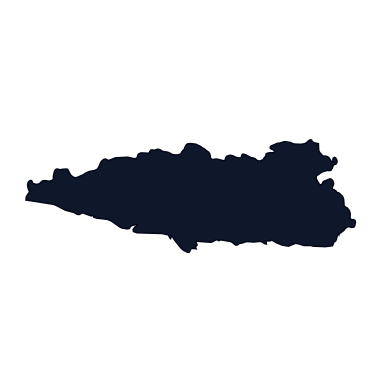 the Autonomous Community of Asturias, rotated 184°
{"feature_id": "ESP-5805", "entity_name": "Asturias", "entity_type": "Autonomous Community", "adm_level": 1, "iso_a3": "ESP", "parent_name": "Spain", "parent_adm1": "", "projection": "natural_earth1", "projection_center": [-6.051, 43.278], "detail": "fine", "context": "isolated", "style": "filled", "palette": "ink", "viewbox_px": 384, "rotation_deg": 184, "n_neighbors": 0, "source": "natural_earth", "source_scale": "10m", "svg_char_len": 4692}
<svg xmlns="http://www.w3.org/2000/svg" viewBox="0 0 384 384"><g transform="rotate(184 192 192)"><path d="M42.4,159.7L42.7,160.4L42.8,160.4L43.5,160.4L44.2,157.8L44.6,155.2L45.3,153.1L47.0,151.9L48.1,148.2L55.2,146.8L67.4,146.4L69.3,146.9L76.7,146.4L81.8,147.7L85.1,148.1L91.9,144.7L98.2,145.3L104.6,147.4L109.1,149.7L110.4,148.8L111.8,148.5L114.9,148.5L114.7,147.8L114.4,146.0L114.2,145.3L115.9,145.6L118.8,147.2L120.6,147.5L127.0,146.4L133.4,146.4L135.2,146.0L138.4,144.6L141.4,143.9L142.1,143.1L143.1,142.3L144.8,142.1L148.7,144.8L150.3,145.3L159.9,146.3L161.9,145.3L163.8,146.2L165.7,145.4L167.5,144.1L169.5,143.2L183.9,143.2L184.6,141.8L183.7,140.7L183.2,139.4L184.7,137.8L184.5,137.3L184.2,136.1L183.9,135.7L187.9,135.7L189.3,134.9L189.9,133.0L190.7,131.6L192.7,131.7L196.8,133.5L199.4,135.6L206.2,143.1L208.6,146.4L209.4,146.4L210.1,144.1L211.0,144.8L212.5,147.5L218.9,148.5L243.9,147.5L247.7,148.5L248.1,150.6L246.5,153.1L244.3,155.0L245.2,156.1L246.5,155.4L249.1,154.5L250.3,153.9L251.2,152.9L251.6,151.9L252.3,151.1L254.1,150.7L259.3,151.2L261.3,151.9L270.3,157.4L274.5,158.8L285.2,159.3L288.2,160.0L289.5,162.0L291.0,161.1L299.7,163.6L300.7,163.3L302.5,161.8L303.9,161.6L305.3,161.9L308.1,163.3L316.9,165.0L327.1,169.4L329.6,170.1L357.1,172.4L357.0,173.4L357.1,175.3L356.1,177.4L354.5,179.9L354.2,180.9L354.5,181.9L355.0,182.5L356.1,185.4L356.5,187.6L356.3,189.1L356.0,190.4L355.2,191.4L354.3,192.1L353.3,192.3L352.5,191.8L351.8,190.0L351.0,189.4L348.7,188.9L347.4,188.8L346.2,189.0L344.3,190.1L343.4,191.0L342.9,191.9L342.3,192.3L341.1,192.9L338.5,193.1L337.3,193.0L336.2,192.8L334.9,192.9L333.6,193.3L332.1,194.0L331.4,195.0L331.1,196.0L331.4,198.2L331.2,199.3L331.0,200.4L330.9,201.6L330.6,203.0L329.8,204.7L328.8,205.4L327.7,205.5L325.3,205.0L324.1,205.2L322.9,205.6L319.2,206.1L317.7,206.0L314.3,200.5L311.8,198.7L310.6,198.3L309.4,198.1L308.1,198.3L301.6,201.6L299.6,203.3L295.8,205.3L291.1,206.5L289.0,207.5L287.8,208.5L286.6,210.8L286.1,211.8L285.9,213.0L285.0,215.4L284.0,216.8L282.1,218.5L280.7,218.8L279.4,218.4L278.1,217.7L277.0,217.8L270.5,220.8L258.6,222.2L251.9,221.2L250.3,221.5L249.2,222.2L248.4,225.6L247.3,226.7L246.1,227.2L244.8,227.5L238.0,227.6L237.3,228.3L237.0,229.3L236.4,230.3L235.8,231.1L234.8,231.2L232.5,231.0L229.6,232.2L228.2,232.3L227.0,232.0L225.9,231.4L224.8,230.7L222.1,230.2L220.3,230.2L217.6,229.6L214.1,228.0L212.3,227.8L209.1,227.9L207.3,228.5L206.0,229.2L205.4,230.2L205.0,231.2L204.3,232.2L203.5,233.1L202.9,234.0L202.5,234.9L202.4,235.4L202.3,235.8L202.0,236.7L201.5,237.5L201.1,238.5L200.0,239.6L198.7,239.9L196.7,240.2L191.8,240.0L190.5,239.6L189.5,239.1L186.2,237.9L185.7,237.2L184.3,236.7L182.6,235.8L181.0,234.6L178.1,232.8L177.4,231.9L176.8,230.9L176.5,229.8L176.0,227.5L175.4,226.5L173.9,225.8L170.3,226.6L168.7,226.5L162.6,225.4L161.4,225.8L161.1,226.7L160.9,227.8L160.5,229.0L159.7,230.1L157.2,231.2L155.6,231.3L154.0,231.0L150.6,229.7L147.6,229.2L145.9,229.5L145.2,230.3L144.8,232.4L144.3,233.2L143.2,233.3L140.9,232.8L135.4,230.3L133.8,230.3L131.4,229.7L130.4,228.8L129.2,228.0L127.0,227.5L123.5,229.0L122.8,230.1L122.4,231.1L121.6,232.1L120.9,233.0L120.8,234.0L120.8,234.8L120.3,235.5L119.4,236.0L116.8,236.7L113.2,236.9L112.6,237.5L112.5,238.4L113.1,239.2L114.1,239.8L116.4,240.6L117.1,241.3L117.0,242.2L116.5,243.3L110.0,246.6L108.2,246.8L103.8,248.5L102.4,248.7L96.7,248.2L95.9,247.7L94.9,247.3L93.3,247.0L87.4,247.1L85.1,247.5L82.8,248.1L81.6,248.9L80.6,249.8L79.7,250.8L78.7,251.7L77.3,252.4L76.4,252.2L75.6,250.7L73.4,249.6L69.3,249.0L68.6,243.1L68.2,241.5L67.1,240.1L64.3,237.4L63.2,237.0L60.8,237.1L59.7,236.8L58.7,236.4L57.7,235.6L57.4,235.2L54.8,231.7L54.0,231.7L53.7,231.9L53.7,234.8L53.6,235.4L53.4,235.6L53.2,235.9L52.7,236.3L52.1,236.5L51.0,235.9L50.0,234.4L49.4,232.6L49.7,230.9L50.5,229.8L51.6,229.5L52.5,228.9L53.2,227.8L53.6,226.3L53.9,225.2L54.4,224.3L54.8,223.6L55.5,223.1L56.4,222.9L57.6,223.0L58.8,222.9L63.3,221.2L64.3,220.6L69.0,216.7L69.2,215.4L68.9,213.6L67.0,210.6L65.8,209.0L64.7,208.1L63.7,208.2L63.0,208.8L62.4,209.7L62.2,210.7L61.6,211.5L60.7,212.2L59.5,212.6L57.2,213.9L55.1,214.8L54.1,214.5L53.1,213.8L52.3,212.9L51.7,211.8L51.3,210.6L51.4,209.1L52.3,206.8L52.4,205.8L52.3,205.0L51.6,204.4L50.6,204.2L48.6,203.2L47.2,201.5L46.4,201.5L45.4,201.3L42.7,199.2L41.7,198.3L41.0,197.2L40.3,195.6L39.3,188.9L38.4,188.0L37.4,187.4L36.3,187.1L34.7,185.5L33.8,184.3L33.0,182.7L32.6,180.9L32.6,179.5L32.6,178.3L32.5,177.1L32.0,176.2L31.2,175.6L29.1,175.7L27.4,175.0L27.0,174.2L26.9,173.4L27.2,170.2L27.5,169.1L28.2,168.2L29.7,167.9L31.1,167.9L32.4,168.3L33.3,168.3L34.2,168.2L35.1,167.6L36.4,166.5L38.1,164.0L41.9,160.8L42.2,160.6L42.4,159.7Z" fill="#0f172a" stroke="#020617" stroke-width="1.5"/></g></svg>